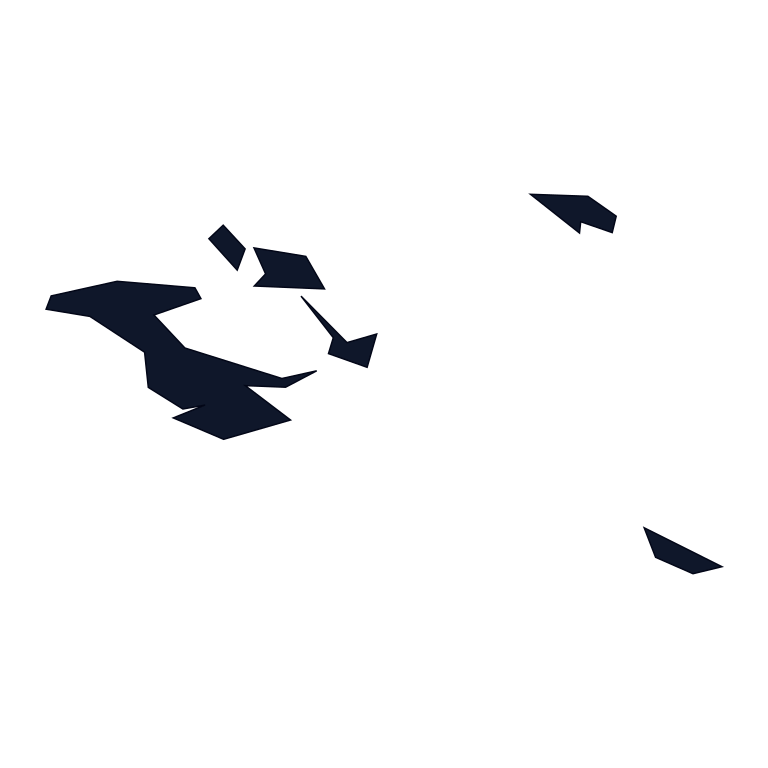 Milne Bay, orthographic projection
{"feature_id": "PNG-1252", "entity_name": "Milne Bay", "entity_type": "Province", "adm_level": 1, "iso_a3": "PNG", "parent_name": "Papua New Guinea", "parent_adm1": "", "projection": "orthographic", "projection_center": [151.454, -10.028], "detail": "coarse", "context": "isolated", "style": "filled", "palette": "ink", "viewbox_px": 768, "rotation_deg": 0, "n_neighbors": 0, "source": "natural_earth", "source_scale": "10m", "svg_char_len": 734}
<svg xmlns="http://www.w3.org/2000/svg" viewBox="0 0 768 768"><path d="M117.1,281.3L194.9,287.8L200.9,298.6L153.9,315.0L184.9,348.0L281.9,378.5L316.7,370.8L285.6,387.2L245.2,385.6L290.5,420.0L223.6,439.3L173.3,417.9L205.2,405.0L182.9,409.0L148.3,387.4L144.6,352.2L89.9,316.4L46.1,309.2L51.2,295.9L117.1,281.3ZM324.5,288.9L254.3,286.0L265.6,273.9L254.0,247.9L305.8,256.4L324.5,288.9ZM616.2,216.2L612.2,232.6L580.7,221.7L579.5,233.0L530.5,194.3L587.9,196.3L616.2,216.2ZM347.0,342.6L376.7,334.0L367.1,367.3L328.5,353.6L333.3,337.7L301.0,296.1L347.0,342.6ZM721.9,566.7L693.0,573.7L655.6,557.3L644.2,527.8L721.9,566.7ZM245.1,248.9L237.2,270.1L208.9,238.7L223.2,225.2L245.1,248.9Z" fill="#0f172a" stroke="#020617" stroke-width="1.5"/></svg>